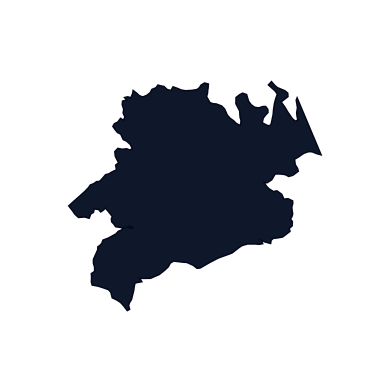 the district of Rio Branco do Ivaí, Paraná, Brazil, rotated 119°
{"feature_id": "56859067B77657605761847", "entity_name": "Rio Branco do Ivaí", "entity_type": "district", "adm_level": 2, "iso_a3": "BRA", "parent_name": "Brazil", "parent_adm1": "Paraná", "projection": "equal_earth", "projection_center": [-51.343, -24.343], "detail": "fine", "context": "isolated", "style": "filled", "palette": "ink", "viewbox_px": 384, "rotation_deg": 119, "n_neighbors": 0, "source": "geoboundaries", "source_scale": "gbopen_adm2", "svg_char_len": 3254}
<svg xmlns="http://www.w3.org/2000/svg" viewBox="0 0 384 384"><g transform="rotate(119 192 192)"><path d="M109.2,259.6L113.4,259.6L114.4,263.3L113.3,267.8L114.3,270.7L115.0,273.7L118.2,274.0L121.7,276.8L125.3,276.7L129.4,278.4L132.8,281.2L133.3,284.9L132.4,288.3L131.7,292.7L134.9,291.6L139.2,291.2L139.9,294.4L142.1,296.8L143.2,293.7L146.2,296.8L149.4,295.4L152.8,291.8L156.2,290.6L159.0,287.0L162.5,286.8L162.2,290.2L166.8,290.8L169.9,293.0L173.0,293.0L174.8,289.3L176.1,286.0L175.9,282.4L177.6,280.1L179.5,277.5L179.2,274.0L180.3,269.1L183.0,265.2L185.4,266.7L185.8,270.0L188.5,273.9L189.8,278.0L194.1,279.1L197.8,276.5L199.8,273.7L202.0,270.4L205.5,271.8L209.3,268.8L213.0,271.6L216.3,273.4L218.8,276.0L223.8,277.0L227.5,277.9L229.2,280.5L232.4,282.0L235.1,284.3L238.7,284.7L243.5,286.0L263.9,293.1L266.4,287.2L268.2,283.7L269.3,278.9L265.9,273.8L264.8,269.2L260.3,269.9L257.6,268.3L254.2,269.4L252.6,265.2L253.7,262.2L251.5,261.0L248.1,260.0L249.1,257.0L250.7,253.0L252.1,249.8L254.6,249.5L257.0,247.8L258.0,244.7L259.4,241.9L258.0,238.2L256.7,234.2L259.7,235.5L262.1,237.4L265.5,238.2L270.3,241.2L273.2,243.1L277.2,246.5L280.7,246.0L283.4,246.7L285.6,247.8L288.3,246.4L294.6,245.9L298.8,245.5L302.1,243.7L305.0,240.7L308.7,238.7L312.2,240.5L314.9,238.7L319.6,236.3L321.8,234.2L319.9,228.6L318.8,223.1L317.9,217.8L319.0,214.4L323.2,210.5L322.9,205.5L323.2,201.0L324.7,196.6L327.1,191.1L324.8,189.7L322.1,192.4L319.3,193.0L315.4,192.8L306.8,195.1L302.4,196.8L299.2,197.7L294.8,192.4L292.9,195.8L287.6,186.4L279.8,180.5L273.7,178.0L269.0,176.5L264.6,176.5L261.3,174.5L257.8,166.0L256.1,162.3L255.5,155.3L256.3,150.7L254.6,148.1L245.0,142.3L237.0,137.0L233.2,133.7L228.4,129.5L225.9,127.4L223.6,126.4L218.4,124.2L214.9,122.5L212.7,120.4L210.5,118.2L206.6,111.1L205.2,107.9L202.9,105.1L200.6,108.1L200.3,103.9L198.9,98.3L195.8,99.4L192.9,98.3L191.3,95.7L187.5,91.0L184.0,89.4L178.9,87.2L176.8,89.3L173.1,88.0L169.3,89.8L167.7,92.9L165.3,92.6L162.4,93.3L159.7,95.4L156.8,97.4L153.2,98.3L151.0,99.7L151.3,104.8L153.7,108.1L150.5,112.4L149.8,118.3L152.1,121.0L151.9,125.9L151.0,129.2L148.9,133.5L147.4,130.7L142.7,128.2L136.0,128.0L134.2,125.0L132.6,121.6L131.6,118.7L131.5,114.9L128.5,111.9L125.0,110.3L122.3,109.1L120.2,111.1L118.0,115.0L113.6,118.2L109.9,115.9L106.9,114.5L103.7,112.8L100.2,109.6L98.6,106.5L98.0,101.6L96.9,97.1L58.7,145.7L61.1,145.4L67.2,140.6L71.9,138.9L74.9,136.8L77.6,134.4L80.0,135.9L79.1,140.0L75.4,147.4L72.9,151.6L70.0,157.7L62.0,154.3L59.1,156.2L58.4,159.8L59.3,167.8L58.7,171.1L56.9,176.0L61.3,177.1L63.3,168.4L65.0,164.8L69.9,164.0L74.9,162.7L80.7,160.5L85.1,158.5L92.3,156.3L95.4,155.5L97.2,157.7L97.4,164.1L92.9,165.5L89.7,165.1L85.6,164.1L83.0,165.7L81.5,169.0L82.9,171.5L86.2,174.5L87.5,178.4L87.0,182.5L85.2,186.5L82.4,189.4L80.3,191.5L81.0,195.6L83.8,197.5L88.0,199.3L93.5,196.4L97.9,189.7L103.3,186.2L105.7,183.8L108.1,182.7L110.6,182.2L110.5,186.9L109.5,190.2L109.0,194.6L107.5,198.6L103.6,203.7L102.4,207.8L103.2,213.4L104.6,216.5L105.1,219.7L101.5,225.5L97.9,226.4L95.6,227.5L93.3,228.3L89.6,230.0L90.6,233.9L94.1,235.9L97.1,236.1L99.9,237.2L103.2,241.4L106.5,246.6L108.0,250.7L108.4,254.8L109.2,259.6ZM254.3,231.8L251.6,229.7L252.3,225.7L254.3,231.8Z" fill="#0f172a" stroke="#020617" stroke-width="1.5"/></g></svg>